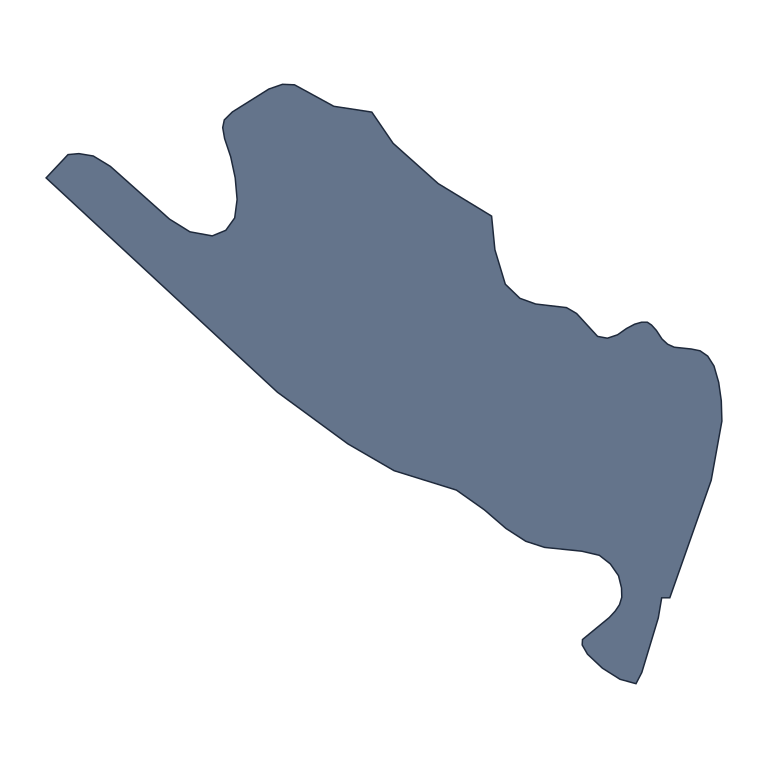 an SVG outline of Ninh Bình
{"feature_id": "VNM-466", "entity_name": "Ninh Bình", "entity_type": "Province", "adm_level": 1, "iso_a3": "VNM", "parent_name": "Vietnam", "parent_adm1": "", "projection": "robinson", "projection_center": [105.947, 20.203], "detail": "fine", "context": "isolated", "style": "filled", "palette": "slate", "viewbox_px": 768, "rotation_deg": 0, "n_neighbors": 0, "source": "natural_earth", "source_scale": "10m", "svg_char_len": 1085}
<svg xmlns="http://www.w3.org/2000/svg" viewBox="0 0 768 768"><path d="M669.8,597.8L661.7,597.8L658.3,617.9L641.8,672.5L636.0,683.7L620.0,679.3L602.4,668.2L587.5,654.2L582.2,645.0L582.2,644.5L582.5,639.5L609.3,617.5L615.2,611.1L619.5,604.7L621.8,597.2L621.5,587.9L618.5,575.7L610.3,563.9L599.3,555.3L581.7,551.2L544.6,547.4L525.8,541.3L506.0,528.5L484.3,509.8L456.4,490.1L394.1,470.7L347.9,443.9L277.5,392.3L46.1,177.9L68.0,154.6L78.9,153.6L93.3,156.0L110.4,166.4L169.6,219.2L189.9,231.8L212.2,235.9L225.8,230.3L234.7,217.9L237.1,199.5L235.2,177.8L230.7,156.8L224.6,138.6L222.7,127.6L224.3,119.9L232.4,111.9L268.9,89.0L282.5,84.3L294.5,84.8L333.8,106.3L371.8,112.1L393.1,143.3L438.2,183.6L491.6,216.1L494.9,249.7L505.3,284.2L519.9,298.3L535.6,304.0L566.5,307.6L576.6,313.5L597.6,336.4L607.4,338.2L617.5,334.8L626.5,328.5L634.6,324.2L641.6,322.2L647.3,322.2L651.5,325.0L656.3,330.3L662.0,339.0L667.6,344.2L674.2,347.2L691.3,349.0L700.1,350.8L707.7,356.1L714.0,366.0L718.7,382.4L721.3,400.8L721.9,421.1L711.2,480.3L669.8,597.8Z" fill="#64748b" stroke="#1e293b" stroke-width="1.5"/></svg>